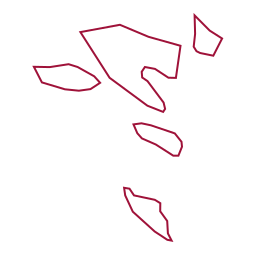 the border of Faroe Islands
{"feature_id": "FRO", "entity_name": "Faroe Islands", "entity_type": "country or territory", "adm_level": 0, "iso_a3": "FRO", "parent_name": "Europe", "parent_adm1": "", "projection": "natural_earth1", "projection_center": [-6.816, 61.885], "detail": "fine", "context": "isolated", "style": "outline", "palette": "rose", "viewbox_px": 256, "rotation_deg": 0, "n_neighbors": 0, "source": "natural_earth", "source_scale": "50m", "svg_char_len": 843}
<svg xmlns="http://www.w3.org/2000/svg" viewBox="0 0 256 256"><path d="M180.5,45.8L175.9,77.9L168.4,77.7L155.0,68.9L144.9,67.0L141.7,71.8L142.2,77.5L147.5,81.1L163.6,102.6L165.1,108.9L163.1,111.9L147.4,105.7L109.6,77.8L80.4,32.1L119.9,24.8L148.5,36.8L180.5,45.8ZM77.6,67.0L94.2,76.3L100.1,82.8L90.5,89.1L78.9,90.7L64.9,89.3L41.9,82.4L33.9,66.8L49.8,67.1L68.6,64.2L77.6,67.0ZM167.9,233.4L171.6,240.6L167.3,239.8L154.7,231.5L132.8,211.7L125.2,195.4L124.1,187.8L129.5,188.7L134.0,195.4L154.8,199.8L160.3,203.2L160.2,211.3L167.2,221.0L167.9,233.4ZM182.0,146.7L178.4,155.7L173.3,155.7L155.8,144.5L141.9,138.4L137.3,133.2L133.5,124.4L141.5,123.3L150.9,125.3L174.8,133.4L181.5,141.8L182.0,146.7ZM222.1,38.5L213.3,55.7L200.1,53.0L196.5,51.2L193.7,46.7L195.1,33.9L194.6,15.4L209.7,30.6L222.1,38.5Z" fill="none" stroke="#9f1239" stroke-width="2"/></svg>